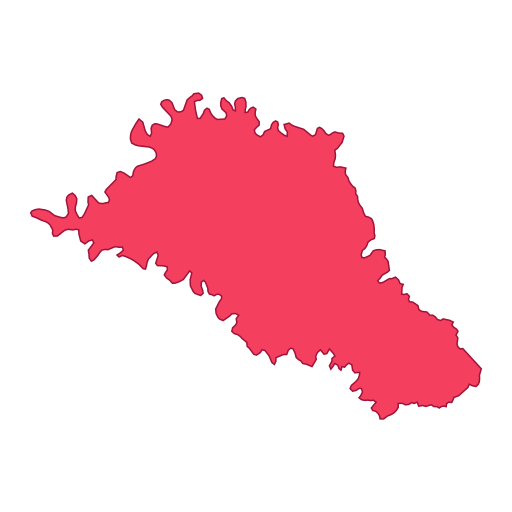 the district of São José do Cerrito, Santa Catarina, Brazil
{"feature_id": "56859067B25207266953620", "entity_name": "São José do Cerrito", "entity_type": "district", "adm_level": 2, "iso_a3": "BRA", "parent_name": "Brazil", "parent_adm1": "Santa Catarina", "projection": "orthographic", "projection_center": [-50.681, -27.604], "detail": "fine", "context": "isolated", "style": "filled", "palette": "rose", "viewbox_px": 512, "rotation_deg": 0, "n_neighbors": 0, "source": "geoboundaries", "source_scale": "gbopen_adm2", "svg_char_len": 6060}
<svg xmlns="http://www.w3.org/2000/svg" viewBox="0 0 512 512"><path d="M52.4,233.3L53.6,236.1L57.5,236.0L62.7,231.8L65.0,230.2L67.9,229.3L73.0,229.9L75.7,229.3L78.7,229.7L78.9,233.9L80.7,241.0L84.9,243.9L88.7,241.0L92.3,239.9L93.8,242.9L88.3,250.3L89.0,254.2L89.2,258.0L91.3,261.2L94.0,259.9L97.9,255.4L99.4,253.0L101.9,250.1L105.1,249.4L107.9,249.7L115.0,246.7L119.9,247.3L122.3,247.0L123.4,250.2L120.3,252.9L117.0,255.1L119.0,257.0L122.4,255.5L125.9,256.6L130.9,258.9L134.3,260.9L138.8,264.2L143.2,268.7L145.5,269.1L146.5,265.8L147.0,262.6L148.4,259.1L153.2,253.9L156.9,252.0L158.2,255.3L155.7,263.3L157.4,265.6L163.4,265.8L167.2,266.8L167.3,270.1L165.5,272.5L164.3,274.9L166.6,278.0L169.8,280.3L172.4,283.3L175.4,283.1L179.2,281.7L183.3,279.5L189.7,270.9L191.8,273.0L190.1,279.9L190.4,285.9L193.1,291.3L194.9,293.4L200.6,295.5L203.1,293.4L202.7,290.5L201.2,286.2L201.3,282.2L203.8,280.4L205.5,282.3L207.8,288.3L208.0,291.4L209.4,294.1L211.6,294.6L214.1,295.8L216.4,294.5L218.8,294.1L221.7,296.2L221.4,298.9L219.5,301.4L215.7,309.0L216.1,313.5L217.9,317.2L219.5,319.0L223.1,320.6L229.7,316.0L231.8,313.8L235.7,313.6L238.7,315.2L236.2,318.7L236.8,322.2L236.0,324.5L232.6,327.8L231.8,331.3L234.2,333.6L237.7,334.6L240.3,336.5L242.3,338.7L246.8,342.4L247.2,346.4L249.3,348.2L253.8,354.3L256.5,355.1L260.3,352.6L262.0,349.8L265.0,350.5L269.0,355.7L271.9,362.5L274.4,364.5L275.9,361.1L275.9,357.7L283.5,354.5L286.7,354.5L288.3,350.2L290.5,348.3L293.0,348.7L295.0,352.9L296.2,357.5L298.5,359.6L301.0,361.0L302.7,363.5L306.4,364.2L312.0,366.6L316.3,359.3L315.7,356.4L317.3,352.6L320.4,349.8L324.0,354.2L326.8,353.6L329.4,349.0L333.5,353.6L334.9,356.1L332.0,358.4L331.9,361.2L329.4,365.8L330.9,369.2L333.1,366.3L334.7,363.5L337.9,365.3L339.0,368.6L341.0,370.2L342.0,366.6L344.6,367.2L346.6,364.8L348.8,363.2L351.8,364.8L352.6,370.1L354.8,372.8L359.7,372.4L359.4,375.3L358.4,378.4L356.0,381.4L351.4,385.4L350.1,388.6L352.6,391.2L355.9,390.5L359.1,388.4L361.4,388.5L362.5,391.9L360.7,395.7L359.0,397.8L361.6,399.7L364.6,400.4L368.0,400.1L370.7,400.6L373.3,400.2L376.1,402.1L371.3,408.0L372.8,410.5L375.6,411.2L378.1,413.4L379.4,415.8L380.1,418.9L383.8,418.9L387.3,416.1L390.6,414.8L393.6,413.2L396.3,410.5L398.3,407.3L398.1,403.5L400.6,403.3L402.9,403.5L405.3,404.8L408.5,404.5L411.9,402.6L414.0,403.5L417.2,402.2L418.7,406.2L422.6,405.5L425.8,406.4L431.3,404.8L433.9,406.6L437.1,406.7L439.2,408.0L441.7,406.4L444.0,406.1L446.2,406.7L446.6,403.6L448.6,402.2L451.7,402.5L453.0,400.0L453.9,397.5L458.7,395.7L467.9,387.5L469.2,384.2L472.2,385.7L476.0,386.5L478.3,384.3L479.3,381.8L479.6,378.6L479.4,375.3L481.3,368.8L462.7,348.5L460.2,349.0L458.0,346.9L457.0,344.3L457.8,337.9L456.0,335.1L458.0,331.3L456.5,329.1L453.8,327.3L451.8,324.9L453.3,322.1L449.6,320.3L443.0,318.9L440.8,320.5L437.5,319.6L435.3,316.9L432.8,315.2L429.9,315.2L426.9,312.0L421.3,311.3L418.8,309.4L417.9,305.6L412.8,302.1L409.5,301.8L408.5,299.3L409.4,296.3L406.9,293.7L404.5,294.4L401.7,294.3L402.0,287.5L403.3,284.4L400.1,283.6L398.6,280.0L395.5,277.1L392.0,278.6L389.2,278.7L382.6,282.6L379.4,283.0L377.7,280.7L380.3,278.0L382.2,275.2L387.5,272.1L389.4,270.4L388.1,261.4L386.4,258.9L384.6,257.2L385.3,254.6L385.1,250.9L379.7,249.6L376.5,249.8L373.4,250.7L369.9,255.4L366.8,256.9L364.2,257.9L361.8,257.3L361.2,254.7L362.4,250.5L365.0,248.4L366.6,246.0L368.1,242.1L370.8,239.9L374.3,238.5L374.9,235.7L374.1,232.9L374.3,229.4L373.8,224.7L372.7,220.9L371.5,218.7L368.8,217.2L365.4,216.3L363.6,212.7L362.3,208.3L359.8,205.1L358.4,202.4L357.7,199.7L357.5,196.3L355.7,193.8L355.9,190.7L354.9,187.7L352.9,186.5L350.8,183.9L349.0,181.2L348.1,177.9L345.6,174.5L345.2,171.3L345.9,168.1L340.4,166.9L336.2,167.3L333.4,166.0L334.0,162.1L335.2,158.7L335.5,155.0L334.8,150.2L337.4,148.4L342.1,142.4L344.0,136.2L342.6,133.3L338.5,133.0L334.9,131.9L332.4,133.0L328.9,135.4L325.9,133.6L323.9,130.7L321.9,128.7L319.6,127.3L317.4,128.4L315.5,134.7L312.6,136.2L310.5,135.0L303.7,129.3L293.9,126.1L291.3,124.8L289.2,123.1L284.1,124.5L285.1,128.7L287.4,132.1L287.1,136.3L284.5,135.4L281.2,133.1L278.3,130.5L277.6,127.6L278.3,124.7L277.7,122.0L275.6,120.9L273.1,122.4L271.5,124.9L270.6,128.7L264.6,131.5L263.1,134.8L260.5,136.8L257.6,135.3L255.2,133.4L254.3,129.9L256.8,127.1L259.1,125.2L259.2,121.7L256.6,118.2L255.2,115.5L255.2,112.1L255.9,109.1L253.2,107.1L251.1,108.0L249.2,109.6L247.7,112.2L245.1,112.5L245.3,109.1L246.0,106.7L245.9,102.0L244.7,98.4L242.0,97.5L237.9,98.5L235.4,100.9L234.6,104.1L235.3,106.8L235.4,110.9L233.1,110.0L231.6,106.1L228.9,102.5L226.4,100.8L223.9,97.8L221.7,98.6L220.8,102.3L220.8,105.9L221.9,109.0L226.0,112.7L226.7,116.0L224.8,119.0L220.1,119.3L217.0,119.4L214.5,117.7L211.8,114.8L210.2,111.9L209.3,109.3L206.9,108.2L204.5,110.2L203.3,113.5L200.1,118.4L197.4,118.4L195.5,110.0L194.4,101.7L197.0,100.5L199.9,100.3L202.6,98.4L201.6,95.2L198.6,93.1L193.9,93.7L192.1,95.9L189.8,97.5L187.1,100.0L183.4,110.4L180.8,111.8L177.6,112.0L174.7,109.7L171.9,102.6L169.0,100.0L166.6,99.7L163.9,100.4L161.7,101.8L160.7,104.3L162.6,107.4L171.0,116.2L172.1,119.8L170.8,124.0L168.0,127.1L164.9,126.5L157.4,124.0L154.8,123.7L152.2,125.3L151.1,128.4L151.6,133.2L150.2,136.3L147.3,134.5L145.3,131.1L142.8,122.2L139.0,119.0L136.2,123.0L132.5,129.5L131.2,132.4L130.5,135.9L130.4,139.1L131.7,143.0L135.1,144.9L138.5,145.8L149.0,147.0L151.8,148.0L154.2,149.6L156.1,152.7L156.5,156.1L155.4,158.6L151.5,161.3L144.0,164.2L137.5,166.2L135.7,167.7L134.3,169.8L133.3,172.2L132.8,175.7L130.5,177.5L123.9,173.0L120.3,171.5L117.1,172.6L116.1,176.8L116.0,179.6L106.4,189.3L104.9,192.0L108.7,197.3L109.5,200.0L108.3,202.5L105.7,202.8L102.9,203.6L98.8,203.1L91.7,195.4L88.2,197.0L88.0,202.0L88.6,204.9L84.2,214.3L82.0,217.5L79.1,217.9L77.0,214.5L75.3,210.7L75.3,207.2L76.5,202.7L76.8,198.8L75.2,195.6L72.4,193.1L68.8,194.9L66.9,197.1L66.3,200.2L68.1,209.4L68.4,213.6L66.0,217.1L63.5,217.8L60.6,217.4L54.6,215.6L49.1,211.4L45.3,210.0L38.8,209.0L35.1,209.7L32.1,210.9L30.7,212.8L32.2,216.2L35.8,217.5L41.9,220.4L45.4,221.5L48.1,223.0L50.1,224.9L52.8,230.2L52.4,233.3Z" fill="#f43f5e" stroke="#9f1239" stroke-width="1.5"/></svg>